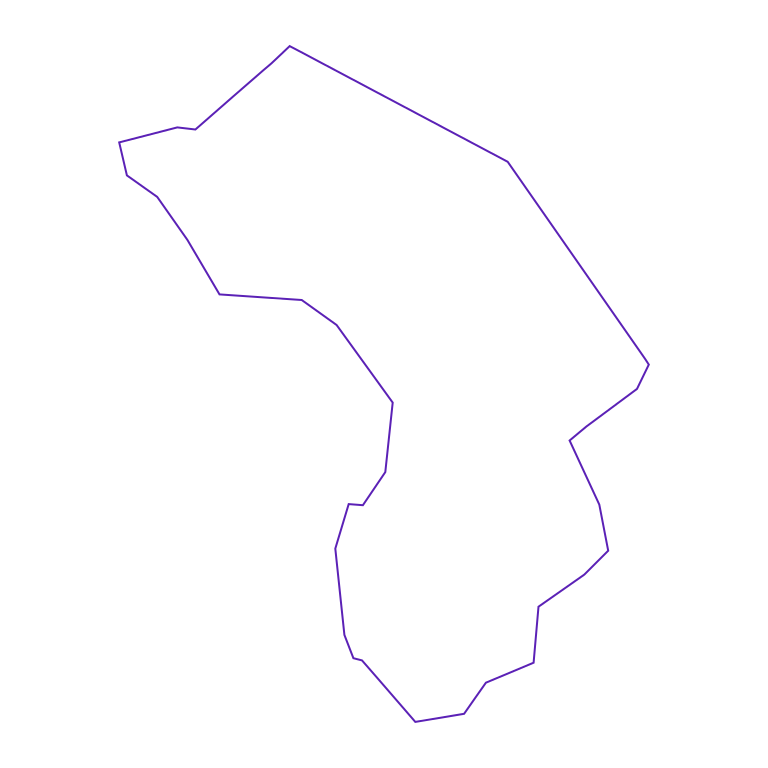 Bristol, Rhode Island, United States of America
{"feature_id": "52423323B87258541323822", "entity_name": "Bristol", "entity_type": "district", "adm_level": 2, "iso_a3": "USA", "parent_name": "United States of America", "parent_adm1": "Rhode Island", "projection": "natural_earth1", "projection_center": [-71.293, 41.707], "detail": "fine", "context": "isolated", "style": "outline", "palette": "violet", "viewbox_px": 768, "rotation_deg": 0, "n_neighbors": 0, "source": "geoboundaries", "source_scale": "gbopen_adm2", "svg_char_len": 697}
<svg xmlns="http://www.w3.org/2000/svg" viewBox="0 0 768 768"><path d="M119.2,142.4L126.9,175.4L145.5,188.6L157.2,196.9L187.4,239.9L219.5,294.4L269.2,297.8L301.7,300.0L336.6,325.0L376.8,380.6L392.7,402.6L385.3,472.1L362.9,505.2L348.7,504.1L335.3,548.6L344.4,634.9L353.4,658.2L362.0,660.4L378.2,679.0L396.8,700.5L415.3,721.9L464.1,713.8L475.0,698.2L485.9,682.7L533.6,662.7L538.5,606.7L584.3,574.6L608.2,550.7L603.8,527.9L599.3,504.6L569.6,440.5L579.2,432.5L586.4,426.5L637.0,388.9L648.8,364.6L645.3,359.2L643.3,356.3L507.7,161.8L419.0,114.7L295.6,49.2L290.2,46.4L289.7,46.1L271.4,63.4L263.5,70.1L232.9,96.7L195.4,129.5L177.3,127.4L119.2,142.4Z" fill="none" stroke="#5b21b6" stroke-width="2"/></svg>